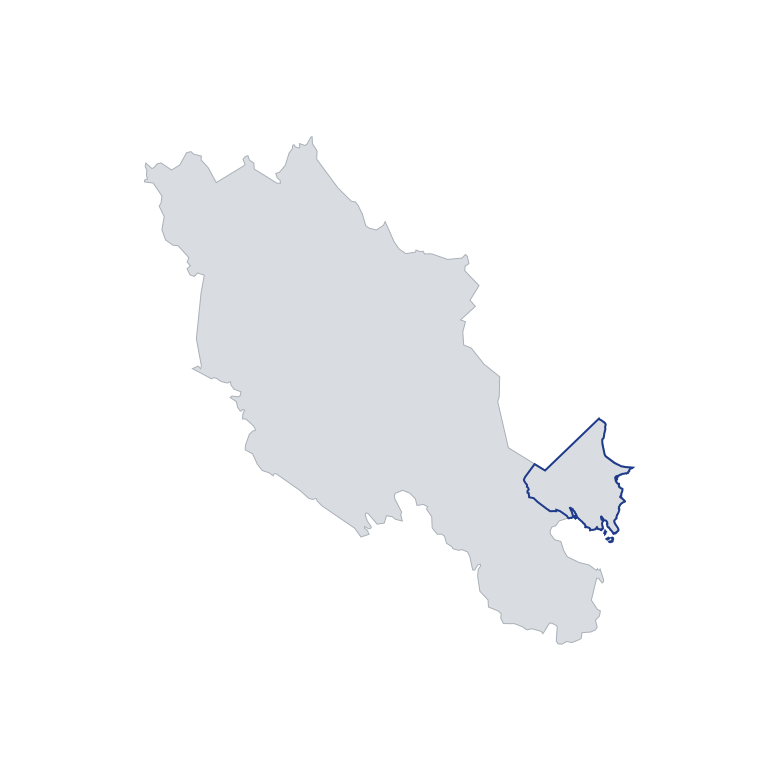 location of Mangghystau within Kazakhstan, rotated 227°
{"feature_id": "KAZ-3236", "entity_name": "Mangghystau", "entity_type": "Region", "adm_level": 1, "iso_a3": "KAZ", "parent_name": "Kazakhstan", "parent_adm1": "", "projection": "robinson", "projection_center": [52.321, 43.87], "detail": "fine", "context": "in_parent", "style": "outline", "palette": "blue", "viewbox_px": 768, "rotation_deg": 227, "n_neighbors": 0, "source": "natural_earth", "source_scale": "10m", "svg_char_len": 9447}
<svg xmlns="http://www.w3.org/2000/svg" viewBox="0 0 768 768"><g transform="rotate(227 384 384)"><path d="M460.1,498.8L456.4,500.5L454.4,503.2L451.6,502.3L446.7,507.6L431.6,515.6L423.0,526.8L423.1,532.0L420.5,532.0L414.1,528.2L414.9,523.7L411.7,520.3L391.2,520.6L386.6,504.0L378.5,503.8L378.7,483.7L374.0,486.0L368.4,477.2L358.2,468.9L350.8,472.3L330.3,470.7L310.4,473.5L296.2,459.7L293.5,455.1L252.6,431.5L210.9,442.8L212.1,517.7L203.1,518.2L193.2,504.6L181.0,497.1L163.4,500.9L154.0,508.4L153.5,501.8L156.1,495.2L155.7,488.4L144.2,486.2L139.5,480.3L134.3,479.9L134.4,473.7L130.5,468.2L126.7,459.2L118.6,456.5L117.3,453.7L118.1,451.2L119.9,450.4L127.3,450.3L132.4,452.9L138.4,452.3L134.6,450.5L129.7,444.3L136.4,435.5L152.9,434.6L165.5,436.0L158.5,431.2L164.4,418.7L163.2,413.0L164.9,409.1L163.3,405.4L160.8,403.4L153.8,402.6L148.2,405.9L139.8,401.9L132.8,400.2L120.5,404.9L111.8,410.6L103.1,412.1L103.3,414.3L102.1,413.8L100.7,414.8L101.2,415.8L91.2,411.2L89.6,409.5L89.8,407.8L95.6,408.4L96.9,407.0L84.5,388.2L73.6,386.3L70.5,387.5L67.4,383.4L67.1,377.6L60.7,374.0L60.0,370.8L61.6,366.1L67.1,359.2L63.5,354.8L64.0,352.1L66.8,345.0L71.0,342.1L72.4,336.7L75.2,334.1L78.4,334.6L88.1,344.9L89.6,345.5L94.8,343.5L96.2,341.8L93.0,330.0L95.9,330.2L104.1,325.3L106.9,320.7L112.0,319.7L119.7,316.0L127.3,308.0L133.1,309.6L135.9,313.0L140.0,312.8L149.6,308.3L155.1,312.8L167.1,312.8L179.7,321.5L184.2,326.7L185.0,330.6L186.4,331.5L187.8,329.0L186.1,323.4L187.6,322.1L199.0,328.9L204.2,330.6L209.8,328.0L211.2,325.4L216.6,322.0L218.7,322.7L224.8,321.1L231.6,324.5L234.9,323.8L237.7,320.5L245.9,321.1L254.4,328.4L263.4,329.8L264.6,332.3L269.1,330.6L272.7,325.3L278.7,328.7L286.8,328.4L293.6,325.1L296.3,317.8L295.7,315.9L292.6,313.6L278.3,309.5L277.0,307.1L271.3,303.9L277.3,300.1L281.1,299.6L285.9,296.0L282.1,289.3L286.1,283.4L300.4,284.0L302.0,282.8L300.9,280.8L295.2,278.4L288.1,277.2L287.5,276.2L288.4,274.1L293.0,272.6L292.0,271.4L288.5,272.0L284.3,270.6L287.8,262.8L298.6,264.2L336.8,255.6L343.9,255.3L346.4,256.4L348.4,253.0L351.9,250.9L363.2,250.0L392.1,243.9L393.3,242.4L392.5,240.3L397.3,239.5L403.7,236.0L411.6,236.6L422.5,240.3L430.6,237.6L433.7,241.0L439.1,251.3L439.1,256.0L437.8,258.0L438.6,259.0L442.4,260.0L452.5,259.1L455.0,256.7L458.6,260.7L459.9,264.3L461.9,263.2L461.4,261.4L462.2,260.5L466.7,261.0L471.9,264.0L479.1,262.3L478.9,264.6L473.7,268.9L473.7,271.1L475.9,274.1L482.4,270.7L487.9,271.5L490.4,273.3L491.5,270.1L496.9,266.6L502.6,265.3L504.8,263.7L505.4,261.4L525.8,254.4L523.9,260.3L520.3,260.2L521.6,262.7L545.0,277.6L575.6,312.6L586.1,326.8L592.4,323.4L592.0,318.7L596.1,316.6L602.6,318.6L602.5,323.0L607.5,323.2L609.5,327.5L625.7,327.7L629.3,324.4L638.3,322.5L648.3,326.8L656.3,337.4L667.5,340.9L668.3,344.2L672.9,349.8L688.4,352.2L695.2,346.6L696.4,348.2L695.2,350.9L698.4,352.4L702.1,356.4L706.1,357.8L708.0,360.5L699.9,361.2L699.1,363.4L699.7,368.3L697.7,371.7L685.4,374.6L683.4,384.0L687.8,397.3L685.7,401.2L681.7,401.7L675.2,405.9L672.8,403.0L662.3,403.0L645.7,398.7L639.1,430.7L639.5,432.2L644.5,434.2L645.0,436.8L643.9,440.2L639.5,438.3L634.4,439.5L629.7,435.7L604.1,442.6L601.4,445.1L603.6,446.8L607.8,446.6L611.8,448.5L610.1,451.8L611.3,461.1L617.6,472.0L618.5,477.2L620.8,480.2L620.4,481.4L618.1,480.9L614.6,482.6L614.7,484.0L617.5,486.1L612.3,488.9L611.9,491.1L614.5,499.1L613.8,500.0L608.5,495.5L600.1,494.0L594.4,488.1L558.6,484.0L539.7,484.8L536.6,487.3L532.1,486.8L522.7,483.9L512.2,478.6L508.0,479.5L501.9,483.4L500.4,491.8L502.0,495.6L481.2,488.4L472.5,487.1L464.4,488.9L459.0,497.0L460.1,498.8ZM116.3,445.7L114.8,446.2L113.2,444.0L113.7,441.8L115.1,441.1L113.9,443.7L116.3,445.7ZM157.1,434.4L155.7,434.1L155.0,433.2L156.7,432.3L157.1,434.4Z" fill="#d9dde1" stroke="#a8b0b8" stroke-width="1"/><path d="M204.3,519.0L203.8,518.8L203.4,518.6L203.0,518.4L202.7,518.0L202.2,517.0L202.0,516.6L201.8,516.4L200.7,515.7L200.1,515.2L199.6,514.6L197.4,511.2L194.9,508.1L194.7,507.7L194.6,507.3L194.6,506.8L194.7,506.5L194.7,506.1L194.5,505.7L194.1,505.3L191.3,502.9L182.2,497.4L181.0,497.0L179.8,496.8L169.3,498.6L165.6,500.0L164.7,500.5L162.1,501.3L158.5,504.0L153.1,509.0L153.1,508.6L153.2,508.2L153.9,506.7L154.0,505.9L153.9,505.1L153.7,504.7L153.5,504.3L153.2,504.0L153.0,503.9L153.0,503.6L153.1,502.9L153.1,502.7L152.5,502.0L152.7,501.7L152.9,501.3L153.0,500.9L153.0,500.6L153.1,500.2L153.9,499.8L154.7,498.3L155.7,497.1L155.8,496.9L155.8,496.6L155.8,496.0L155.9,495.8L156.4,495.4L156.5,495.2L156.6,494.5L156.9,493.7L157.1,492.9L157.1,492.2L156.8,491.4L156.4,490.5L156.1,490.1L155.4,489.6L155.2,489.2L155.2,488.8L155.4,488.6L155.5,488.8L155.6,489.2L155.8,489.7L156.8,490.3L157.0,490.7L157.3,491.4L157.5,491.8L157.6,492.0L157.8,491.8L158.0,491.4L158.1,490.9L158.2,490.5L158.0,489.6L157.7,489.0L157.1,488.7L156.3,488.6L156.2,488.1L155.4,487.6L153.7,487.0L151.8,486.9L151.6,487.0L151.2,487.2L150.8,487.8L150.4,487.6L149.3,486.2L148.7,485.8L148.3,485.8L146.8,486.0L145.7,486.4L145.1,486.7L144.8,486.9L144.4,486.7L143.5,485.7L142.6,484.3L142.5,484.0L142.3,483.3L142.1,482.9L141.3,482.1L141.1,481.6L140.7,481.5L140.4,481.2L140.6,480.9L140.6,480.6L140.6,480.2L140.4,479.8L140.1,479.6L139.5,479.9L138.7,479.8L138.3,479.9L137.9,480.3L137.0,480.1L135.4,480.3L133.9,480.3L133.7,480.1L133.8,479.7L134.4,478.0L134.6,477.2L134.7,474.5L134.6,474.1L134.0,472.9L133.9,472.1L133.7,471.8L133.0,471.4L132.9,471.1L132.8,470.8L132.7,470.7L132.3,470.8L132.0,470.8L131.8,470.6L131.3,470.0L129.8,467.2L129.7,466.8L129.6,466.3L129.3,465.8L129.4,465.2L129.2,464.8L128.7,464.4L128.6,464.2L128.5,463.8L128.2,463.5L128.0,463.1L127.9,462.9L127.7,462.8L127.3,462.7L127.2,462.6L127.1,462.3L127.2,461.7L127.2,460.0L127.0,459.2L126.6,458.7L125.9,458.3L124.5,457.7L118.8,456.8L118.0,456.4L117.7,456.2L117.3,455.9L117.0,455.6L116.9,455.1L117.0,454.2L117.0,453.8L116.9,453.4L117.1,453.2L116.9,452.9L116.8,452.2L116.9,451.5L117.1,451.1L117.3,451.7L117.6,451.5L117.7,450.9L117.8,450.6L118.0,450.5L118.0,450.0L118.1,449.7L118.3,449.6L118.8,449.9L121.3,450.3L122.1,450.3L122.9,450.1L123.3,450.1L123.5,450.4L125.1,450.5L125.4,450.7L125.6,450.8L125.8,450.7L125.9,450.3L126.0,450.2L127.1,450.2L127.5,450.3L127.8,450.5L128.4,450.9L128.9,451.5L129.1,451.6L129.5,451.5L129.7,451.9L129.4,452.0L129.7,452.3L130.1,452.6L131.4,453.1L131.9,453.2L132.4,453.2L132.9,453.1L133.2,452.9L134.1,452.1L134.2,451.9L134.3,451.8L134.8,451.8L135.5,451.7L135.8,451.7L135.7,452.3L136.1,452.5L137.3,452.3L138.4,452.7L138.7,452.7L138.9,452.4L138.9,452.1L138.6,451.9L138.4,451.7L137.4,451.2L136.7,450.7L136.4,450.6L135.6,450.9L134.8,450.9L134.3,450.6L133.8,449.1L133.4,448.4L132.9,448.0L131.6,447.2L131.1,446.9L130.6,446.8L130.4,446.7L130.1,446.4L129.1,445.8L129.0,445.5L128.9,445.0L129.0,444.6L129.4,444.4L129.5,444.2L129.5,443.9L129.3,443.8L128.9,443.7L128.8,443.4L128.9,443.1L129.3,442.9L129.7,442.8L130.1,442.8L130.5,442.8L130.9,442.6L131.2,442.2L131.4,442.1L132.1,441.6L132.5,441.5L132.8,441.4L133.1,441.6L133.7,442.2L134.1,442.2L134.1,441.6L133.7,440.9L133.6,440.7L133.8,440.0L133.8,439.9L133.6,439.5L133.9,438.8L134.4,438.2L134.5,437.9L134.7,437.5L136.1,436.0L136.3,435.7L136.3,435.2L136.4,434.9L136.7,435.0L137.1,435.7L137.7,436.0L138.5,436.0L139.3,435.8L139.9,435.4L140.4,435.0L140.5,434.9L140.9,434.9L141.1,434.8L141.3,434.5L141.7,433.7L142.0,433.5L142.4,434.0L142.5,434.3L142.6,434.6L144.0,434.8L144.7,435.2L145.0,435.3L145.3,435.2L145.8,434.8L146.1,434.8L146.5,434.8L147.1,435.0L147.5,435.0L152.5,434.5L153.2,434.6L154.4,434.5L155.2,434.6L157.9,435.7L159.6,435.9L160.4,436.3L160.8,436.4L162.3,436.3L162.7,436.3L163.6,436.6L164.0,436.7L164.3,436.6L165.0,436.2L165.5,436.1L165.8,435.9L166.2,436.0L166.5,435.8L166.6,435.6L166.6,435.4L166.3,435.3L164.6,435.0L164.2,434.6L163.6,434.5L162.8,434.3L160.8,433.4L160.4,433.3L160.2,433.2L159.8,432.8L159.6,432.7L159.0,432.6L158.2,432.3L158.0,432.1L158.1,431.9L157.9,431.6L157.9,431.4L158.0,431.2L158.0,430.7L158.0,430.2L158.1,429.8L158.3,429.6L158.6,429.5L158.8,429.4L159.0,429.0L159.3,428.3L160.0,427.3L162.8,427.8L170.9,426.1L174.5,424.2L173.5,423.2L175.0,421.8L177.6,418.8L178.8,418.4L179.8,418.5L180.3,418.1L193.0,415.9L198.5,415.6L202.2,412.9L205.5,415.4L206.6,414.8L207.9,415.9L208.1,417.9L209.9,418.6L211.4,418.4L212.0,419.3L213.0,419.9L214.7,419.8L215.9,420.2L216.7,420.2L218.5,420.9L219.7,423.5L222.7,439.5L210.9,442.8L212.1,517.7L211.0,517.6L210.4,517.7L209.0,518.3L207.4,518.5L206.4,518.9L204.3,519.0ZM157.2,433.5L157.4,434.1L157.4,434.6L157.0,434.7L156.2,434.5L155.5,434.0L155.1,433.5L154.9,433.1L155.2,432.8L155.6,432.5L155.7,432.3L155.6,432.2L156.3,432.1L156.6,432.2L156.9,432.6L157.2,433.5ZM116.0,446.2L115.6,446.4L115.1,446.4L114.5,446.1L114.3,445.9L114.2,445.7L114.1,445.1L113.9,444.9L113.3,444.3L113.0,443.8L113.0,443.4L114.0,441.6L114.1,441.4L114.4,441.3L115.1,441.1L115.1,441.5L114.2,441.9L113.9,442.4L113.8,442.7L113.6,443.2L113.6,443.5L113.6,443.9L113.7,444.1L114.0,444.3L114.2,444.2L114.2,444.7L114.3,445.2L114.4,445.5L115.0,445.7L115.3,446.0L115.6,446.0L116.1,445.6L116.3,445.5L116.0,446.2ZM117.5,442.5L117.8,441.3L118.0,441.1L118.7,441.1L118.9,441.0L119.0,441.0L118.9,441.7L118.8,441.8L118.7,441.9L118.6,442.0L118.7,442.8L118.6,443.3L118.2,443.5L117.9,443.6L117.6,443.4L117.5,443.0L117.5,442.5ZM125.3,444.8L125.7,445.5L125.3,445.4L125.1,445.4L124.9,445.6L124.6,445.6L124.7,445.3L124.7,445.1L124.6,444.8L124.5,444.5L123.7,444.1L123.5,443.7L123.5,443.4L123.8,443.7L124.0,444.0L124.3,444.0L124.6,443.9L124.8,443.6L125.0,443.9L125.3,444.1L125.3,444.8Z" fill="none" stroke="#1e3a8a" stroke-width="2"/></g></svg>